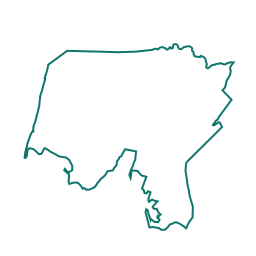 the district of Santa María Cortijo, Oaxaca, Mexico, rotated 192°
{"feature_id": "50627088B48919250536034", "entity_name": "Santa María Cortijo", "entity_type": "district", "adm_level": 2, "iso_a3": "MEX", "parent_name": "Mexico", "parent_adm1": "Oaxaca", "projection": "natural_earth1", "projection_center": [-98.318, 16.434], "detail": "fine", "context": "isolated", "style": "outline", "palette": "teal", "viewbox_px": 256, "rotation_deg": 192, "n_neighbors": 0, "source": "geoboundaries", "source_scale": "gbopen_adm2", "svg_char_len": 4341}
<svg xmlns="http://www.w3.org/2000/svg" viewBox="0 0 256 256"><g transform="rotate(192 128 128)"><path d="M36.2,148.5L39.4,152.4L40.0,152.5L40.8,152.4L41.2,152.0L41.8,150.9L42.6,150.4L43.3,149.7L43.7,149.1L44.6,148.6L45.2,148.5L45.1,149.2L45.3,149.3L43.9,152.1L43.7,153.3L42.8,154.3L42.0,154.8L41.5,157.4L32.6,177.2L43.4,184.5L41.5,187.8L41.3,194.9L40.9,196.5L40.6,196.7L40.2,198.0L39.9,199.2L39.5,200.2L39.1,201.4L39.2,202.3L39.3,203.0L39.4,204.5L39.4,205.6L39.8,206.3L40.5,207.2L40.7,208.1L40.3,209.9L38.4,214.1L39.5,213.9L40.4,213.8L41.3,213.6L42.4,213.0L44.0,212.3L44.5,211.7L45.4,211.2L46.2,210.4L47.0,210.2L48.5,210.3L49.6,210.4L50.7,210.8L52.1,209.9L53.2,209.5L54.2,209.3L55.2,208.9L56.2,207.9L57.4,207.6L58.5,207.2L59.3,206.6L59.8,205.8L60.3,205.2L61.3,204.0L62.2,203.0L62.9,203.0L63.9,203.4L64.2,203.8L64.2,205.0L64.2,206.0L64.2,206.9L64.6,207.7L64.9,208.2L65.3,208.8L65.8,209.7L65.9,210.2L66.5,211.2L67.1,212.1L68.2,212.7L69.1,213.2L70.2,213.4L71.2,213.7L71.8,213.6L72.0,213.2L72.3,212.3L72.5,212.3L73.1,212.3L73.8,212.3L75.6,211.9L76.0,212.0L77.3,212.2L78.2,212.3L78.4,212.6L79.1,213.8L79.4,215.0L79.8,215.9L81.4,217.0L81.6,217.4L81.6,218.6L81.7,219.1L82.0,219.5L82.9,220.0L83.8,220.3L84.7,220.7L85.4,220.7L85.8,220.6L86.8,220.2L87.7,219.8L88.4,219.4L89.0,219.2L89.5,219.1L90.5,218.5L91.9,216.5L92.6,216.1L93.2,216.1L94.2,216.1L95.0,216.6L95.7,217.4L96.1,218.1L96.3,218.6L96.5,218.9L97.2,219.6L98.0,219.9L99.0,219.9L99.7,219.7L100.4,219.3L101.1,218.5L100.9,216.6L100.8,215.6L102.1,214.7L102.6,215.2L103.7,215.8L104.0,215.6L104.5,214.3L105.2,213.5L105.7,212.9L106.5,212.8L107.3,213.1L108.3,213.9L109.6,213.9L111.0,214.3L111.9,214.0L112.9,213.5L113.8,213.0L114.3,212.2L114.8,211.3L115.3,211.0L115.8,211.1L116.7,211.3L117.7,211.2L118.6,210.9L120.7,209.4L136.3,204.3L153.3,200.1L178.6,195.5L178.8,195.4L179.0,195.3L179.4,195.3L203.6,190.8L208.5,185.3L210.3,183.3L219.1,173.4L219.1,168.8L219.0,168.4L219.9,159.3L219.2,159.1L219.2,157.8L219.7,151.6L220.0,145.7L220.5,141.8L220.5,141.2L220.1,137.1L219.4,130.8L219.4,130.4L219.6,128.6L219.5,124.4L219.7,123.7L220.0,115.3L220.2,113.7L220.8,110.2L220.8,109.8L220.5,108.1L220.4,108.1L220.5,105.8L220.2,105.1L219.9,104.9L221.1,104.1L221.9,101.1L223.1,92.6L223.1,86.4L223.3,86.5L223.4,84.0L223.4,82.9L222.9,77.4L222.3,77.3L221.4,78.5L221.2,79.8L221.4,81.9L221.7,84.7L221.4,86.0L221.1,86.9L219.7,87.8L216.4,87.7L213.3,86.3L212.5,85.7L212.1,85.4L209.9,83.9L209.3,83.9L207.3,84.8L207.0,85.9L206.8,86.5L206.5,87.5L206.4,87.9L206.1,88.9L206.0,89.2L205.9,89.8L205.6,90.7L205.0,91.0L203.1,90.4L200.4,89.4L198.8,88.6L195.1,87.7L193.1,87.1L190.7,86.2L189.6,85.9L187.0,86.0L186.2,86.0L182.6,86.3L178.9,84.5L178.6,84.3L178.4,83.9L177.0,82.1L176.5,81.7L174.6,79.3L173.8,75.2L174.9,74.1L176.4,72.6L178.2,72.5L181.2,74.9L181.6,73.5L176.0,70.2L175.8,69.2L174.9,62.8L173.8,61.1L170.2,63.1L166.3,64.1L164.1,63.1L162.3,61.8L162.1,61.7L159.7,59.3L159.6,59.2L159.3,59.5L159.0,60.0L157.4,59.8L156.9,59.5L156.5,59.0L155.3,59.2L154.8,59.3L154.2,59.4L153.7,59.4L153.1,59.7L150.9,61.2L149.1,62.6L148.4,63.5L148.1,63.5L147.0,66.1L146.6,67.6L146.2,68.1L145.6,69.3L145.5,69.5L144.0,72.4L143.9,72.6L142.7,74.1L140.9,76.6L140.6,77.2L139.8,79.0L139.2,81.2L138.8,81.5L135.8,82.8L134.4,83.1L133.6,84.0L133.7,85.1L133.4,85.9L132.8,86.8L131.6,89.0L131.6,89.3L131.7,93.6L130.6,95.6L130.4,97.5L129.0,98.6L126.4,106.6L115.2,106.8L114.4,98.2L115.2,94.7L115.3,92.0L116.4,87.2L116.9,82.2L115.1,79.6L115.6,87.3L109.7,88.0L109.5,87.9L109.4,87.9L109.2,87.5L105.0,84.4L99.9,84.1L101.7,71.8L101.3,71.1L100.3,71.0L99.2,69.8L98.7,68.7L98.4,68.0L98.4,67.9L96.2,67.8L95.4,70.2L94.3,70.1L92.6,69.8L93.3,62.9L92.6,62.0L92.5,61.9L93.0,61.4L92.6,60.9L92.5,60.7L92.1,60.1L91.9,60.2L89.6,63.1L87.4,62.4L83.9,62.4L87.6,56.0L86.4,54.8L85.5,54.3L85.1,54.4L83.1,54.9L82.5,54.0L82.4,53.7L79.6,50.7L78.6,50.5L78.2,50.5L78.1,50.3L79.9,47.5L80.0,47.3L80.7,47.9L80.8,46.5L78.2,45.2L78.3,44.2L78.5,43.2L79.1,42.1L82.5,41.7L87.0,43.9L87.0,43.1L89.6,47.4L91.5,51.4L93.2,52.4L93.4,49.4L86.4,35.3L82.3,36.4L76.9,36.5L75.2,35.8L74.6,35.4L70.8,36.1L69.1,38.2L66.8,42.5L65.0,43.4L63.5,44.8L61.5,45.8L57.9,45.2L54.9,44.2L51.4,42.6L50.3,42.0L48.8,48.3L46.3,53.8L47.3,59.7L48.3,64.7L53.5,74.2L55.9,80.5L58.6,86.4L59.8,90.3L62.9,98.3L63.2,100.5L63.8,105.4L63.7,106.1L63.0,107.6L62.8,107.9L36.3,148.3L36.2,148.5Z" fill="none" stroke="#0f766e" stroke-width="2"/></g></svg>